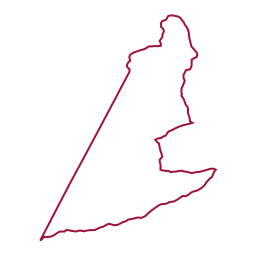 the district of Água Doce do Maranhão, Maranhão, Brazil
{"feature_id": "56859067B66472645750335", "entity_name": "Água Doce do Maranhão", "entity_type": "district", "adm_level": 2, "iso_a3": "BRA", "parent_name": "Brazil", "parent_adm1": "Maranhão", "projection": "orthographic", "projection_center": [-42.139, -2.924], "detail": "fine", "context": "isolated", "style": "outline", "palette": "rose", "viewbox_px": 256, "rotation_deg": 0, "n_neighbors": 0, "source": "geoboundaries", "source_scale": "gbopen_adm2", "svg_char_len": 2057}
<svg xmlns="http://www.w3.org/2000/svg" viewBox="0 0 256 256"><path d="M40.2,240.6L44.3,236.9L48.2,237.0L51.8,236.3L54.8,234.7L58.1,232.4L60.3,231.5L64.6,231.5L66.1,230.1L69.1,230.2L71.0,230.8L75.9,231.5L79.9,230.5L84.4,231.3L86.6,230.6L89.4,230.2L94.7,230.1L97.5,228.7L100.2,227.5L102.8,226.8L108.5,223.8L110.5,224.1L113.8,225.2L117.4,224.9L120.8,223.3L122.8,222.1L125.9,221.2L128.3,219.6L134.0,218.5L138.1,217.4L140.7,218.0L143.7,216.9L145.8,215.7L148.5,212.9L151.2,210.7L156.2,207.1L158.3,205.7L160.7,204.3L165.0,203.9L167.5,203.2L169.3,202.1L173.8,201.5L177.7,199.4L182.6,196.0L185.9,196.2L188.4,194.8L190.7,192.8L192.9,191.7L197.5,190.4L201.7,187.8L204.4,185.4L207.3,181.2L210.2,178.3L211.9,177.0L214.3,171.5L215.8,169.7L213.4,168.6L210.4,168.8L200.1,171.8L196.6,172.1L191.6,173.1L186.9,171.8L183.6,171.4L181.4,170.6L175.1,171.7L173.2,171.7L170.8,172.1L168.7,170.9L164.2,170.7L160.5,169.8L160.6,165.0L159.7,161.7L159.7,159.7L162.3,156.7L161.5,153.5L160.2,150.0L158.9,143.4L156.9,141.8L155.3,139.8L157.9,138.4L161.2,138.1L162.8,136.7L165.8,135.5L168.2,131.7L172.5,129.8L178.1,127.0L182.3,125.5L184.8,124.8L188.4,124.0L192.4,122.9L190.0,121.2L189.8,119.0L189.3,116.8L187.9,112.6L188.0,109.3L187.7,107.1L185.7,104.6L184.1,100.1L183.2,98.2L181.4,95.8L182.0,93.9L181.3,92.1L181.6,88.2L183.2,85.0L184.7,80.5L183.5,77.9L183.5,75.1L185.9,70.3L190.1,69.2L191.6,65.8L191.7,59.5L196.7,56.9L197.4,54.5L196.7,52.6L194.5,49.9L191.4,46.4L189.2,37.4L188.7,32.1L188.0,29.8L186.6,26.9L184.7,24.6L183.9,22.5L179.9,17.5L177.9,16.5L172.6,15.4L170.0,15.5L168.0,16.2L167.2,18.0L165.9,19.8L162.0,21.3L160.9,23.4L161.1,26.9L163.0,28.7L164.0,31.1L162.5,34.6L162.4,37.2L160.8,39.1L159.7,41.0L160.8,43.4L160.8,45.8L157.4,46.2L155.2,46.0L151.8,46.4L148.9,46.4L146.5,47.9L144.4,49.1L140.7,50.1L136.9,51.4L132.9,52.8L130.0,55.0L129.3,57.3L130.2,60.8L128.4,62.1L127.4,64.1L126.7,66.0L127.8,67.7L129.5,69.1L129.5,71.8L127.9,74.7L115.8,97.7L106.3,115.6L100.5,126.5L98.8,129.7L95.0,136.8L81.9,161.3L74.5,175.0L68.9,185.4L40.2,240.6Z" fill="none" stroke="#9f1239" stroke-width="2"/></svg>